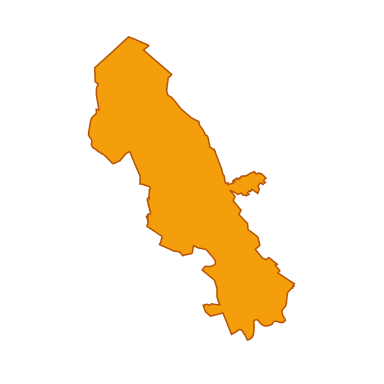 Vaidavas pag., Kocenu, Latvia, rotated 42°
{"feature_id": "27541924B99767598145301", "entity_name": "Vaidavas pag.", "entity_type": "district", "adm_level": 2, "iso_a3": "LVA", "parent_name": "Latvia", "parent_adm1": "Kocenu", "projection": "robinson", "projection_center": [25.291, 57.431], "detail": "fine", "context": "isolated", "style": "filled", "palette": "amber", "viewbox_px": 384, "rotation_deg": 42, "n_neighbors": 0, "source": "geoboundaries", "source_scale": "gbopen_adm2", "svg_char_len": 5912}
<svg xmlns="http://www.w3.org/2000/svg" viewBox="0 0 384 384"><g transform="rotate(42 192 192)"><path d="M64.7,190.7L67.8,193.4L65.5,194.6L68.1,197.2L68.2,198.4L67.8,203.8L68.7,206.4L75.2,216.7L77.0,218.9L78.4,219.5L80.5,219.8L82.0,220.3L83.2,220.8L83.8,221.1L85.2,224.0L88.1,225.4L92.5,224.7L94.8,224.7L100.9,223.5L103.3,223.3L107.6,223.6L110.1,223.7L114.2,224.0L115.4,222.2L116.6,219.0L117.4,217.2L117.6,217.2L117.2,211.1L117.4,211.1L117.3,208.9L117.4,207.6L118.0,205.1L118.2,204.5L118.7,203.6L129.7,208.9L140.5,213.8L142.6,214.8L144.6,216.9L144.6,217.0L148.0,220.9L148.3,220.3L150.0,219.7L151.4,218.7L152.3,218.5L153.0,218.1L153.7,217.9L154.1,217.9L154.9,217.2L155.7,217.0L156.4,216.6L157.0,216.5L157.2,216.8L157.6,217.0L158.1,216.9L158.5,217.0L158.9,218.2L159.1,218.5L159.1,218.8L158.8,218.9L158.8,219.0L159.2,219.2L159.5,219.4L159.5,219.6L160.1,220.2L160.1,220.4L160.8,221.1L160.9,221.5L161.3,221.8L161.4,222.1L161.5,222.4L161.9,222.9L162.8,223.7L163.3,224.0L164.1,224.7L164.0,224.8L163.8,224.9L164.1,225.0L164.6,225.3L164.7,225.6L163.8,226.1L163.6,225.9L163.4,225.9L163.4,226.3L163.5,226.9L163.6,227.2L164.7,227.9L165.2,228.0L165.2,228.3L165.0,228.7L166.6,229.3L166.7,229.5L167.0,229.9L167.7,229.8L167.8,229.8L167.7,230.5L167.8,230.6L168.0,230.7L168.7,230.8L168.9,231.1L169.5,231.7L169.7,231.8L170.2,231.8L170.5,231.9L170.7,232.1L170.9,232.5L171.3,232.4L171.4,232.5L171.6,232.8L172.1,233.2L172.5,233.2L172.6,233.4L172.6,233.7L172.8,233.9L173.7,234.1L173.9,234.5L174.1,234.5L174.3,234.4L174.5,234.5L174.8,235.3L175.3,235.4L175.4,235.7L175.7,235.9L175.8,236.1L175.8,236.4L175.6,236.6L175.1,236.9L174.6,237.2L174.2,238.0L174.4,238.3L174.2,238.6L174.3,238.7L175.4,238.9L175.9,239.5L175.7,239.7L175.1,239.7L174.8,239.8L174.7,239.9L174.7,240.0L175.0,240.2L175.2,240.7L174.8,241.0L175.8,241.7L176.1,241.7L176.4,241.4L177.1,241.2L177.5,241.6L177.7,241.8L178.0,242.6L178.1,242.9L180.2,244.6L181.0,246.1L181.0,246.3L180.8,246.5L181.0,246.9L181.2,247.4L181.3,247.5L181.9,247.7L182.2,247.6L191.9,246.1L194.3,245.8L199.2,245.0L200.2,246.1L200.4,246.4L200.7,247.4L200.8,247.7L202.2,249.7L202.4,250.2L202.5,250.8L202.7,252.4L202.8,252.7L203.0,252.9L213.8,249.3L217.0,248.4L218.7,247.6L220.9,246.0L223.2,244.9L227.9,245.5L228.3,244.2L229.4,242.9L233.0,237.9L232.6,236.5L229.1,230.9L234.4,229.2L238.5,226.7L241.0,225.3L251.4,226.6L255.3,227.5L256.2,228.5L256.8,229.2L257.4,230.3L257.1,231.6L255.9,234.8L251.5,238.4L251.8,243.2L267.6,242.5L275.0,246.9L280.3,252.7L282.0,254.0L285.4,255.9L288.0,257.1L284.9,259.8L281.3,262.0L281.4,263.2L280.7,264.4L278.4,265.4L277.6,266.0L276.1,268.7L282.1,272.0L288.8,271.9L296.0,261.2L297.0,261.7L316.7,271.4L318.7,265.0L318.8,264.0L319.2,262.9L319.5,262.4L320.2,261.8L321.0,261.5L321.6,261.4L325.8,262.6L326.7,262.6L331.0,264.5L332.4,264.9L333.4,262.8L333.8,261.0L333.8,259.5L333.4,257.9L332.6,256.2L329.6,252.0L327.9,250.0L325.5,247.9L324.5,246.7L324.3,246.2L324.3,245.5L324.4,245.1L324.8,244.4L325.3,243.8L325.9,243.4L327.4,243.3L331.3,243.8L332.5,243.8L333.7,243.6L334.5,243.3L335.8,242.7L336.6,242.1L337.9,240.7L338.6,239.7L339.8,237.3L340.0,236.5L339.6,234.8L339.5,233.5L340.0,232.6L340.9,231.8L341.5,231.4L343.8,230.4L345.3,229.6L345.9,229.2L346.6,228.4L346.9,228.0L347.2,227.1L347.4,226.1L347.3,225.0L347.1,224.7L345.6,224.0L343.0,223.2L340.8,222.2L339.2,220.9L338.8,220.5L338.1,219.4L337.9,218.6L338.0,217.9L338.0,215.7L337.6,213.4L337.4,213.0L336.4,211.2L335.7,210.4L335.4,209.7L334.2,208.4L331.6,204.7L330.8,203.3L330.4,202.4L330.3,201.9L330.3,200.5L330.5,199.0L330.5,198.4L330.3,197.2L330.4,196.8L330.5,196.5L331.1,196.0L330.5,195.5L330.2,195.0L330.2,194.7L330.4,194.3L330.8,194.0L330.9,193.7L329.4,193.3L329.5,191.7L324.6,192.5L309.9,194.7L310.1,191.8L307.3,191.3L302.8,190.8L303.8,188.7L303.4,188.6L292.9,189.3L292.6,190.3L292.4,192.7L289.9,193.3L289.2,194.0L277.4,192.3L278.1,186.3L278.0,186.1L271.1,181.4L266.7,181.6L258.9,182.5L254.2,178.1L250.9,178.0L242.0,177.4L241.0,174.2L240.7,172.7L234.7,171.9L228.6,170.9L226.9,166.4L219.6,165.5L219.9,165.0L224.3,163.7L227.7,163.1L229.1,160.0L232.3,160.2L233.2,158.6L234.8,158.7L235.9,155.5L233.6,155.6L233.9,152.8L234.9,152.9L235.3,151.6L234.6,149.9L241.8,149.1L240.1,144.8L237.1,143.6L236.5,139.8L237.3,139.7L237.5,139.0L239.7,138.9L240.1,135.8L237.9,136.0L237.2,133.6L237.7,132.2L235.5,132.0L231.2,132.0L230.7,132.8L229.2,132.8L227.5,135.8L224.7,135.1L224.7,135.6L224.4,136.1L223.6,137.1L223.5,137.3L223.2,138.0L223.2,138.6L222.9,139.0L222.1,141.5L222.0,142.2L222.0,142.8L221.7,143.3L220.9,143.7L220.9,143.8L221.0,144.6L220.3,145.2L219.7,145.5L219.4,145.7L218.6,146.7L218.3,146.9L218.2,147.1L218.3,147.5L218.1,147.9L218.2,148.2L218.6,149.0L218.4,149.3L218.0,149.5L218.0,149.9L217.8,150.1L217.9,150.4L218.1,150.7L218.2,151.3L217.7,151.5L216.3,151.6L216.3,152.0L216.2,152.2L215.8,152.2L215.9,152.5L216.4,152.8L216.3,153.0L216.2,153.5L215.8,153.8L215.5,154.0L215.7,154.4L215.1,154.9L215.3,155.7L215.6,155.7L215.1,156.0L215.1,156.4L215.0,156.5L215.1,156.8L216.7,157.1L215.7,159.5L213.9,162.4L213.0,162.3L212.8,161.2L212.3,161.7L212.2,161.8L212.2,162.2L211.8,162.1L211.4,162.3L211.1,162.9L210.8,163.0L205.0,158.4L203.1,158.2L198.8,155.2L197.6,154.7L196.1,153.9L188.6,149.9L183.1,147.1L182.5,146.6L181.7,146.1L179.7,145.5L179.6,146.0L174.6,146.6L174.0,145.5L173.3,145.0L172.5,144.6L171.9,144.1L168.0,141.2L166.8,140.6L165.9,140.2L165.1,140.1L164.5,140.5L164.3,140.8L159.0,138.6L152.8,137.3L150.0,135.0L146.4,136.2L146.0,136.2L141.8,137.3L129.8,137.6L128.0,137.5L124.0,136.9L123.8,137.0L123.7,136.9L121.5,136.5L118.1,135.9L113.8,135.4L109.2,136.1L108.3,135.6L105.1,133.6L104.6,132.5L104.6,132.4L104.4,132.4L98.0,123.1L97.9,122.2L98.3,120.8L98.4,118.8L98.2,118.2L61.0,119.0L62.0,112.4L61.7,112.0L46.0,117.2L42.5,118.7L41.0,119.1L38.9,142.5L38.1,150.1L37.7,154.1L37.3,157.3L37.1,159.9L36.6,164.7L46.4,174.9L50.1,174.5L51.0,177.5L52.0,179.3L52.4,179.8L55.9,183.8L64.7,190.7Z" fill="#f59e0b" stroke="#b45309" stroke-width="1.5"/></g></svg>